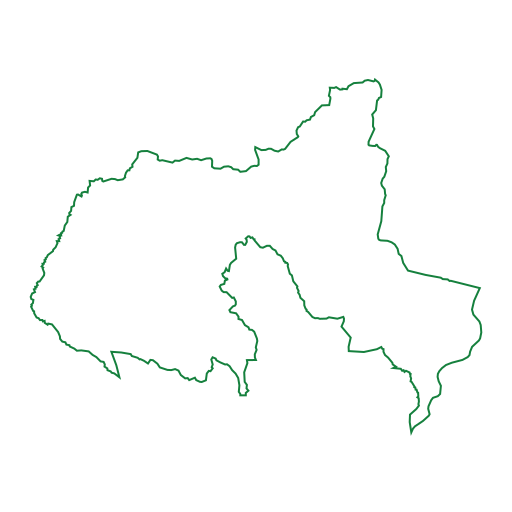 outline of Gualaceo, Azuay, Ecuador
{"feature_id": "8360857B64865140859495", "entity_name": "Gualaceo", "entity_type": "district", "adm_level": 2, "iso_a3": "ECU", "parent_name": "Ecuador", "parent_adm1": "Azuay", "projection": "albers", "projection_center": [-78.768, -2.918], "detail": "fine", "context": "isolated", "style": "outline", "palette": "green", "viewbox_px": 512, "rotation_deg": 0, "n_neighbors": 0, "source": "geoboundaries", "source_scale": "gbopen_adm2", "svg_char_len": 6000}
<svg xmlns="http://www.w3.org/2000/svg" viewBox="0 0 512 512"><path d="M411.3,432.4L413.0,428.6L415.0,426.3L422.9,421.0L428.8,415.7L429.6,414.2L428.2,408.8L428.5,406.3L431.2,400.2L433.0,397.8L437.8,396.2L440.1,394.0L440.9,385.8L438.7,381.3L437.6,376.9L437.9,373.8L439.3,371.2L442.0,368.1L446.0,365.0L451.9,362.7L462.5,359.9L467.7,357.1L469.5,355.1L470.1,351.7L472.1,346.8L478.9,340.5L480.1,338.4L481.3,332.5L480.7,325.0L479.4,321.5L473.4,314.6L472.0,309.6L474.1,300.7L479.8,288.1L450.8,280.8L449.6,281.0L447.7,279.4L442.8,279.1L440.8,277.7L425.5,274.9L408.0,270.6L403.2,262.9L401.4,256.0L398.7,253.9L397.6,248.8L394.8,244.5L391.6,242.3L387.5,240.8L380.7,240.4L379.2,239.9L378.3,238.7L377.7,234.4L381.3,221.2L382.4,206.4L384.2,203.0L384.2,200.2L385.7,195.3L385.1,193.9L384.7,189.3L381.9,185.7L381.2,183.0L382.7,178.6L384.3,176.8L386.2,171.2L385.8,167.0L387.4,163.5L387.5,159.1L388.8,156.3L385.2,150.8L379.8,148.1L378.1,146.8L377.0,144.9L376.3,144.8L375.2,146.0L372.6,145.9L369.2,145.4L368.5,144.7L368.6,141.7L374.4,129.0L373.0,126.4L373.2,118.4L372.2,114.5L375.9,110.2L377.1,100.5L378.2,99.7L378.9,98.0L381.1,97.0L381.6,89.9L379.9,84.6L378.5,82.4L375.0,79.6L374.7,80.8L373.6,81.4L368.0,80.0L364.7,80.7L362.6,82.5L353.8,83.1L348.5,86.2L346.9,89.2L342.5,88.7L342.4,89.4L340.0,89.6L336.1,87.1L334.3,87.9L329.8,87.7L330.1,90.0L328.9,95.8L330.3,97.2L330.4,98.6L329.2,105.1L321.9,105.4L315.1,112.1L314.2,115.2L310.9,117.0L310.0,119.6L306.6,120.3L305.2,121.7L303.1,121.5L299.8,126.5L298.1,127.2L296.5,130.6L296.8,134.0L298.3,136.4L297.9,137.1L290.6,141.8L285.1,148.9L283.5,149.6L281.8,149.4L278.2,151.5L274.5,150.7L271.1,148.8L268.6,148.7L265.7,149.9L261.4,150.1L255.3,147.1L255.1,149.9L258.6,159.5L258.6,164.7L256.9,166.0L254.4,165.8L251.2,166.6L246.0,171.1L240.3,171.8L238.1,169.7L233.2,169.2L231.2,167.2L228.3,166.3L224.0,166.7L220.5,168.7L214.3,168.3L212.0,166.7L212.2,160.8L211.5,159.0L210.3,158.3L206.4,158.5L201.1,160.2L197.1,158.8L192.2,159.5L186.5,157.9L179.2,160.9L175.0,160.6L172.5,162.6L162.3,160.2L159.7,160.7L157.7,159.5L158.0,156.4L156.9,154.6L147.4,151.0L141.3,151.2L138.2,152.4L137.4,157.8L132.2,164.4L132.5,166.8L129.9,168.3L129.4,170.3L127.7,170.3L126.0,172.7L124.9,176.1L125.2,177.3L122.8,179.4L117.7,180.2L115.0,179.1L111.6,178.8L103.3,181.5L102.3,180.9L102.0,178.8L99.8,178.3L97.7,179.8L95.7,179.5L93.8,181.3L89.6,180.9L90.1,185.5L88.1,187.5L87.6,192.5L84.9,191.8L82.0,192.6L81.3,193.9L81.9,195.6L81.5,196.5L78.0,194.5L76.9,194.7L74.2,202.1L74.0,205.8L71.4,207.1L71.1,210.9L69.2,213.0L69.4,214.2L70.5,214.9L67.8,216.7L67.3,222.0L64.8,225.5L63.7,230.9L62.4,231.6L62.2,232.8L61.0,233.2L61.2,235.2L59.6,234.7L58.4,235.4L60.4,236.0L59.7,237.3L60.1,238.3L58.6,239.1L59.2,241.1L56.8,241.1L57.5,243.1L55.6,247.3L53.2,249.7L53.0,251.1L47.8,255.1L46.8,257.3L45.6,258.1L45.8,259.4L44.5,260.1L45.2,261.7L44.0,262.4L43.8,263.8L42.5,263.8L42.8,265.1L41.6,266.5L43.2,267.6L42.6,268.5L44.3,272.9L44.0,275.3L39.6,281.5L38.2,281.6L36.8,283.1L37.7,285.1L36.8,285.6L36.6,287.0L35.2,286.9L35.6,288.7L33.9,289.3L35.0,292.1L32.1,293.5L30.7,296.9L31.3,299.0L33.4,299.9L32.9,303.1L31.3,304.7L31.9,305.8L31.1,306.7L33.2,311.0L34.1,311.3L34.2,313.3L36.6,317.5L38.6,318.2L40.0,320.1L42.4,320.0L42.9,321.4L44.6,320.9L44.8,322.9L47.6,324.7L48.2,323.6L52.0,324.4L58.1,332.0L59.9,336.3L60.1,338.9L62.3,341.6L65.4,342.3L66.4,344.6L69.4,345.2L69.8,346.5L74.3,348.6L76.9,350.7L81.3,350.4L88.7,351.4L92.6,354.9L96.4,357.1L100.6,361.4L103.6,361.9L104.8,364.4L104.5,366.6L107.3,368.4L107.5,370.2L110.7,371.4L111.6,372.7L114.3,373.4L119.4,377.3L116.3,365.2L111.4,351.8L121.3,352.5L130.7,354.1L131.8,356.0L137.7,357.8L139.6,359.4L140.4,359.1L144.0,360.8L148.0,363.5L150.4,359.9L152.9,360.2L157.4,363.7L159.8,367.4L167.4,369.9L171.2,370.1L175.1,369.1L178.5,370.6L180.8,375.0L185.2,378.4L187.7,378.1L189.2,380.1L194.9,377.7L196.2,380.1L199.9,381.8L201.7,382.0L205.9,380.3L206.8,373.5L208.8,370.9L210.5,371.2L212.7,368.3L211.7,367.2L212.7,364.5L211.3,359.5L212.6,357.3L215.7,358.6L216.4,360.3L220.3,362.4L225.1,364.5L227.0,364.3L229.6,366.2L232.1,370.1L235.6,373.6L238.2,378.0L239.4,385.3L238.8,391.8L240.3,394.0L240.3,395.3L245.8,395.3L245.8,392.9L248.4,390.7L246.5,388.4L246.9,384.9L244.7,381.9L244.2,372.3L247.4,363.1L246.9,360.1L255.9,360.0L254.9,357.5L254.8,354.3L256.6,349.9L255.8,347.4L257.3,341.0L256.9,338.5L254.2,331.7L252.0,329.9L249.3,329.6L248.5,327.3L244.9,325.1L242.0,320.0L238.5,319.0L238.5,316.6L236.1,313.3L230.4,312.2L229.4,310.1L232.9,306.4L235.0,305.6L235.8,304.3L235.8,301.4L233.8,297.5L232.2,297.9L226.6,292.2L223.6,292.1L221.7,290.6L219.7,286.5L220.9,284.9L224.3,283.9L224.9,280.6L227.4,279.5L227.2,278.7L225.2,278.3L223.0,276.1L222.3,273.8L224.6,272.2L226.1,268.5L227.6,270.8L228.9,271.1L229.9,264.8L231.1,262.9L236.2,258.7L235.1,247.5L235.7,244.7L236.9,243.2L240.1,242.2L242.0,242.3L244.0,244.9L245.2,244.9L246.8,241.9L246.6,239.7L245.7,238.5L248.2,236.3L249.5,236.4L250.6,237.9L252.4,237.4L253.7,239.4L254.5,239.3L254.7,240.6L260.3,247.2L262.9,247.7L266.9,245.8L269.8,245.8L272.6,249.0L275.5,250.5L277.5,254.3L280.8,255.7L282.8,258.3L284.0,261.3L285.3,261.8L285.3,262.7L287.2,263.0L288.0,264.4L287.7,266.0L289.8,273.7L291.9,275.4L293.3,281.3L297.4,286.4L297.0,287.8L298.6,291.0L298.1,292.6L299.6,294.7L300.4,297.8L304.2,301.2L304.3,305.4L305.6,308.7L306.6,309.6L306.5,310.9L308.2,312.0L312.4,317.0L315.0,318.2L317.9,318.1L319.8,318.8L326.5,318.6L328.9,317.3L337.4,318.7L343.3,316.9L344.0,318.7L343.8,321.3L341.5,326.6L350.7,337.6L348.6,346.8L348.8,351.1L363.9,352.0L376.9,349.2L381.3,347.0L382.3,348.8L383.5,349.1L383.5,351.8L385.0,355.0L388.1,357.6L392.4,362.8L392.7,364.4L396.0,366.7L393.4,368.0L400.8,368.8L402.2,370.8L403.6,370.2L404.5,371.9L406.0,370.8L409.6,372.5L409.9,373.9L410.6,374.0L410.3,376.2L411.1,378.4L410.6,381.4L411.6,381.9L414.4,386.4L414.3,387.2L415.3,387.5L415.6,389.6L416.6,389.7L417.4,392.4L418.1,392.7L418.3,396.3L417.4,397.3L418.7,398.2L418.9,401.7L418.4,404.1L418.9,405.6L416.3,409.0L410.0,414.6L409.7,422.1L411.3,432.4Z" fill="none" stroke="#15803d" stroke-width="2"/></svg>